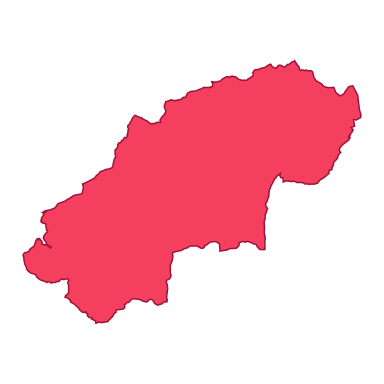 Oituz, Bacau, Romania
{"feature_id": "2599482B92428944714354", "entity_name": "Oituz", "entity_type": "district", "adm_level": 2, "iso_a3": "ROU", "parent_name": "Romania", "parent_adm1": "Bacau", "projection": "mercator", "projection_center": [26.528, 46.157], "detail": "fine", "context": "isolated", "style": "filled", "palette": "rose", "viewbox_px": 384, "rotation_deg": 0, "n_neighbors": 0, "source": "geoboundaries", "source_scale": "gbopen_adm2", "svg_char_len": 5884}
<svg xmlns="http://www.w3.org/2000/svg" viewBox="0 0 384 384"><path d="M91.7,319.0L95.6,321.0L95.8,323.2L99.1,322.2L101.5,322.6L107.9,321.6L108.9,320.0L110.0,319.3L111.6,317.3L112.3,316.9L113.3,315.5L113.6,314.1L116.0,312.3L115.7,310.4L118.5,309.6L123.5,309.0L124.3,308.1L124.9,306.9L124.4,304.4L125.8,304.0L127.3,302.3L128.8,302.4L131.8,299.1L132.5,298.7L139.1,299.3L143.4,301.3L146.4,302.0L147.7,301.4L149.7,299.4L151.4,299.3L152.8,300.3L154.6,303.4L157.6,305.2L162.4,303.6L163.9,301.9L166.9,301.9L167.3,300.1L166.6,297.6L166.8,296.1L166.8,293.8L167.3,293.0L167.2,291.5L167.7,288.7L167.2,284.7L166.4,282.5L166.4,280.9L166.9,280.1L169.4,278.9L170.5,277.5L170.9,276.1L171.0,274.5L170.2,272.8L170.4,269.2L170.2,265.6L171.8,261.8L172.7,258.3L172.8,255.6L172.5,252.7L173.1,252.5L176.0,251.5L181.6,250.4L183.8,248.9L187.7,247.7L189.9,246.0L196.6,246.0L197.7,246.3L199.7,247.6L201.6,248.3L202.8,248.2L204.2,247.5L204.7,245.7L206.3,245.1L210.1,242.1L214.4,241.6L216.5,241.9L219.4,243.7L219.9,249.4L219.9,251.1L226.6,250.0L227.9,249.7L228.3,249.1L229.4,248.7L236.0,248.3L237.2,247.5L238.9,245.7L239.3,242.6L242.7,241.5L245.6,242.2L247.3,241.3L250.4,242.3L253.7,243.9L256.0,244.4L256.8,245.6L257.3,246.9L259.8,249.4L263.2,249.7L265.0,249.4L264.8,241.4L265.3,237.9L264.3,233.2L264.2,230.3L264.6,228.0L264.1,221.8L265.2,218.5L265.0,216.3L265.4,214.1L266.2,213.0L266.7,210.7L267.6,208.5L266.2,206.8L265.5,204.0L267.3,200.7L267.7,198.9L268.6,197.0L269.4,189.7L270.5,187.7L271.3,184.8L272.2,183.9L273.8,180.4L274.3,179.8L274.4,179.0L275.9,177.8L276.7,176.4L280.3,173.5L279.9,175.8L280.9,177.7L282.9,177.8L283.2,179.8L283.2,182.0L286.2,180.8L291.9,181.6L293.4,181.0L297.7,182.7L299.4,182.4L303.3,182.8L304.6,183.9L306.2,184.0L307.0,183.8L309.6,184.4L311.5,184.0L313.7,184.2L317.4,183.3L319.7,180.3L321.0,179.3L323.4,178.0L326.8,175.3L327.1,174.6L328.8,173.7L329.0,173.3L328.9,172.0L329.2,170.5L331.8,169.7L332.0,169.0L331.7,167.4L332.5,166.9L333.2,165.7L333.7,162.4L337.5,158.3L337.9,156.2L339.1,154.1L339.7,153.2L340.7,152.5L339.3,150.6L339.4,149.0L340.0,147.8L342.7,144.6L349.0,139.8L349.4,138.3L348.8,137.4L349.5,137.1L348.8,136.5L349.3,136.1L349.7,136.6L349.5,135.0L350.4,134.9L350.8,133.3L352.4,131.7L352.2,130.9L353.0,130.0L353.1,129.5L352.3,129.0L351.2,127.4L354.6,126.2L353.5,119.7L354.5,119.5L356.2,120.0L360.7,117.5L360.7,116.2L361.0,115.1L359.4,109.7L357.7,95.2L352.8,85.8L348.9,86.6L345.2,91.5L344.5,93.1L342.5,94.8L339.4,95.9L338.8,94.7L337.3,93.9L335.5,91.9L333.9,87.4L329.0,87.7L324.5,86.9L322.5,85.1L321.7,83.9L316.1,80.7L314.0,77.6L312.9,72.8L312.2,71.4L310.9,70.7L307.8,70.8L305.9,69.9L304.9,70.7L302.8,69.9L299.9,70.2L299.5,69.8L299.0,66.8L296.7,64.4L296.8,64.1L296.3,64.0L296.2,63.2L294.7,60.8L294.5,61.3L292.3,61.8L288.6,64.6L287.5,64.4L284.6,67.4L281.3,65.4L279.3,65.2L278.4,65.4L276.1,68.2L273.0,67.3L271.6,65.9L271.0,64.5L270.3,64.2L268.6,64.9L265.7,67.0L263.4,68.0L261.0,68.2L258.3,69.6L255.2,69.7L254.0,70.6L252.7,73.0L253.2,74.6L253.2,75.9L250.6,77.3L250.1,78.1L248.0,78.9L247.5,80.1L242.6,80.3L240.6,80.0L238.5,79.2L235.5,76.7L233.7,76.7L232.3,76.1L231.3,76.5L231.0,76.3L230.6,76.8L229.6,77.0L226.5,76.7L221.8,79.4L220.5,81.3L218.5,81.3L216.2,82.1L214.7,81.9L213.8,82.4L213.2,81.8L211.8,81.6L211.7,81.9L212.5,83.2L212.8,84.5L212.5,86.2L212.3,86.6L211.1,86.8L210.4,87.6L209.5,87.2L209.2,87.5L203.4,87.5L201.8,88.7L199.0,89.5L195.8,91.0L190.8,91.4L187.6,93.1L185.3,97.3L183.3,97.4L182.4,97.9L182.4,98.5L181.8,98.9L180.5,99.5L175.4,100.5L172.9,100.4L171.1,99.7L170.1,100.4L165.7,101.7L164.2,106.3L165.9,111.4L164.8,113.4L164.5,114.4L162.4,116.4L160.1,119.8L160.1,120.4L160.7,122.3L157.9,122.3L156.0,122.7L154.6,123.8L153.9,123.4L152.2,123.6L151.7,124.0L149.3,123.0L148.8,122.3L146.8,120.8L146.0,120.8L145.3,120.1L142.6,119.0L142.1,118.1L137.3,116.5L135.8,115.4L134.6,115.5L132.4,118.2L131.7,119.8L131.6,120.5L130.3,122.0L129.6,123.9L127.8,125.7L127.7,127.2L128.5,128.4L128.5,129.4L128.0,130.1L127.9,132.9L127.6,134.2L127.3,134.2L127.0,136.9L126.5,137.6L124.4,137.5L123.0,140.1L122.2,140.2L121.3,141.1L121.1,142.1L120.1,142.9L119.1,142.7L118.1,143.8L117.7,145.1L117.6,147.1L117.1,148.2L115.0,150.1L115.2,152.4L115.0,153.2L115.6,157.0L114.3,159.1L113.4,162.5L112.9,166.0L111.8,167.9L109.1,169.0L106.2,169.3L102.6,171.0L100.2,171.6L99.7,172.1L98.9,173.8L96.5,175.4L94.8,177.9L85.7,182.8L82.5,184.0L83.1,185.9L83.4,188.0L82.6,190.9L82.4,192.4L81.5,193.9L73.8,195.4L68.9,198.8L67.5,199.3L65.1,201.1L57.9,203.7L55.5,207.3L54.6,208.1L50.2,209.9L45.4,210.7L43.0,212.1L45.4,212.2L43.2,213.5L43.2,213.8L44.0,214.7L41.9,217.3L41.0,220.5L41.5,221.0L41.0,221.7L41.5,222.2L42.2,222.1L42.4,222.9L45.8,223.9L46.1,227.9L46.6,229.1L46.4,230.1L46.8,230.2L47.7,231.5L45.1,234.1L44.4,235.6L43.8,236.0L43.8,236.8L43.5,237.2L43.6,237.6L43.4,237.7L43.4,238.4L44.3,239.5L44.2,239.9L46.2,242.2L46.1,242.9L46.5,244.0L47.6,245.1L48.3,245.2L48.8,245.8L50.7,246.7L51.0,247.4L50.8,247.9L50.6,248.1L49.2,246.4L46.5,245.2L44.7,244.6L43.9,244.9L43.4,244.2L41.8,244.1L42.1,242.0L41.8,241.3L39.6,239.0L39.6,238.6L38.5,238.5L38.3,238.6L38.6,239.4L38.3,239.7L38.0,239.8L37.1,239.0L37.0,239.6L36.2,240.1L35.8,241.3L35.4,241.7L35.3,242.8L34.2,245.9L30.3,248.9L29.7,249.5L29.2,251.0L26.9,252.3L24.3,252.9L23.2,254.8L23.0,255.5L23.9,257.7L23.8,258.7L24.8,264.2L26.2,266.8L26.6,268.9L27.2,269.9L28.0,270.9L29.3,271.6L29.4,272.1L31.0,273.1L35.4,274.4L36.5,276.1L36.4,276.6L37.7,278.0L40.6,280.0L46.6,282.1L46.9,282.5L47.5,281.8L48.8,281.8L51.7,283.1L53.1,282.3L55.1,282.5L56.9,281.6L58.8,281.5L60.9,279.4L61.7,279.0L64.0,279.6L65.9,278.9L68.2,279.0L68.4,279.5L68.5,280.9L67.8,282.3L67.8,282.8L68.6,285.5L68.6,292.4L68.1,293.5L65.4,295.9L65.0,297.2L66.5,297.6L69.0,299.0L69.6,300.0L70.5,300.5L70.9,301.1L70.5,302.0L74.6,304.3L79.1,308.6L79.4,309.6L82.2,312.1L84.1,312.5L85.8,311.7L86.3,312.6L86.1,313.0L87.9,314.3L87.3,315.7L89.0,317.4L92.3,318.1L91.7,319.0Z" fill="#f43f5e" stroke="#9f1239" stroke-width="1.5"/></svg>